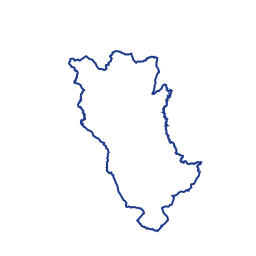 Phran Kratai, Kamphaeng Phet, Thailand, rotated 33°
{"feature_id": "78962969B94050076713993", "entity_name": "Phran Kratai", "entity_type": "district", "adm_level": 2, "iso_a3": "THA", "parent_name": "Thailand", "parent_adm1": "Kamphaeng Phet", "projection": "albers", "projection_center": [99.551, 16.715], "detail": "fine", "context": "isolated", "style": "outline", "palette": "blue", "viewbox_px": 256, "rotation_deg": 33, "n_neighbors": 0, "source": "geoboundaries", "source_scale": "gbopen_adm2", "svg_char_len": 5830}
<svg xmlns="http://www.w3.org/2000/svg" viewBox="0 0 256 256"><g transform="rotate(33 128 128)"><path d="M93.8,66.5L91.5,65.1L90.3,63.8L88.1,66.4L86.6,66.9L85.9,67.8L84.1,67.8L81.8,68.5L81.3,68.2L79.8,68.6L79.5,68.4L75.7,70.2L75.0,71.8L74.0,73.0L74.4,73.5L74.2,73.9L74.8,74.7L74.3,75.7L74.5,76.3L73.8,77.2L74.1,77.9L76.7,78.7L76.5,79.8L77.2,80.9L76.2,83.8L76.6,84.2L76.4,84.6L77.3,85.5L76.7,85.8L76.0,87.1L75.3,87.2L75.5,87.9L76.1,88.2L76.2,88.8L77.3,89.6L77.2,90.2L77.6,90.5L76.5,92.5L75.0,92.5L72.8,93.4L72.0,94.1L70.7,94.2L68.3,93.3L65.3,91.3L63.8,91.4L62.0,90.4L60.3,90.3L57.8,91.2L54.1,90.5L53.5,91.0L50.8,97.7L49.9,98.1L49.0,97.7L47.4,99.2L47.1,100.2L46.8,100.5L44.5,99.6L42.2,101.2L42.2,101.9L43.1,103.2L43.0,104.9L43.4,106.1L46.7,106.9L47.2,107.5L50.0,106.6L51.0,107.1L51.5,108.3L53.1,108.7L53.8,107.9L55.6,108.9L56.3,110.4L56.1,111.2L57.1,112.3L57.1,113.2L57.5,113.4L57.3,113.9L57.7,114.2L57.5,114.9L57.8,115.5L57.8,116.3L58.0,116.4L57.8,116.8L58.2,116.8L58.3,117.3L58.0,117.6L58.3,118.1L58.0,118.6L58.2,119.2L60.5,118.7L61.9,118.0L64.6,117.8L66.1,118.5L66.5,119.1L67.4,119.6L70.6,120.1L70.0,121.6L70.0,122.4L70.5,122.7L70.2,124.3L70.7,125.0L70.3,125.4L71.0,127.1L72.3,128.2L72.2,129.2L73.5,130.0L73.6,130.9L73.0,131.3L73.2,131.9L72.9,132.3L73.4,133.0L73.1,134.2L73.3,135.6L74.2,136.6L75.2,137.1L76.7,136.2L77.2,136.9L78.3,136.9L78.8,137.5L80.9,137.7L81.6,138.5L81.5,139.3L83.7,140.0L83.9,140.5L83.4,140.7L83.9,141.1L84.6,140.6L85.2,141.5L85.0,142.2L85.6,143.2L85.9,143.2L86.0,143.6L86.1,143.2L86.7,143.2L87.2,144.0L87.0,144.5L86.2,145.0L86.1,146.0L85.7,146.7L84.7,146.7L84.7,147.4L85.5,148.4L85.2,148.6L85.7,149.2L86.3,148.8L86.7,149.1L86.8,149.4L86.5,149.7L86.9,150.1L87.6,150.4L87.9,149.8L88.0,150.1L88.5,150.0L89.1,150.5L89.5,150.4L90.3,151.2L91.9,150.8L95.0,151.6L98.4,150.9L100.3,151.2L102.0,152.2L103.1,153.4L105.5,153.2L106.0,153.5L109.7,153.0L112.4,154.4L112.9,154.0L114.5,154.0L116.1,153.5L116.6,155.2L119.5,155.2L120.5,156.8L122.1,156.7L123.5,157.5L124.3,158.5L125.1,158.9L125.2,160.5L125.6,161.5L126.6,162.4L127.0,164.6L128.9,165.9L129.1,167.4L128.9,167.9L129.4,168.3L129.3,168.5L130.0,169.4L130.0,169.9L131.4,171.5L131.3,171.9L131.8,172.3L131.7,172.8L132.4,173.1L132.9,174.0L133.0,174.9L133.9,175.5L134.1,175.3L135.7,176.0L136.0,175.7L136.4,175.9L137.1,175.5L137.3,175.7L138.0,174.8L138.4,174.9L138.5,174.6L139.4,175.6L140.2,175.8L141.4,175.5L141.7,176.3L143.6,177.9L144.6,178.3L147.9,180.8L150.3,182.0L154.6,186.5L158.1,188.0L163.4,190.9L165.2,190.8L167.8,192.0L168.1,193.7L169.6,195.0L170.9,194.2L171.4,193.4L174.1,193.0L174.4,192.2L177.2,190.5L178.9,190.2L180.2,189.3L182.7,188.8L182.8,188.5L186.0,189.1L187.9,190.9L187.2,192.1L187.3,193.0L186.2,200.6L186.9,200.7L187.6,200.4L189.4,201.8L190.8,201.6L191.3,202.1L192.7,202.7L194.5,202.6L195.2,202.0L196.2,202.0L196.7,201.7L197.8,202.3L198.9,202.0L199.1,201.3L201.6,200.8L203.4,199.7L204.0,199.6L204.0,199.3L206.7,199.4L207.8,198.3L208.9,198.4L210.0,191.8L209.3,191.8L210.7,188.9L211.7,183.4L211.1,183.1L210.8,182.3L209.0,180.9L204.4,180.0L200.1,176.6L201.8,173.6L204.9,171.8L205.0,169.8L206.4,168.6L205.1,162.8L204.3,161.3L202.4,160.7L204.7,158.5L205.5,156.8L205.9,154.4L206.7,152.8L207.6,152.1L209.8,151.2L211.0,148.1L211.4,147.9L212.1,148.1L212.9,147.7L212.5,146.8L213.5,143.3L212.0,141.8L211.7,141.0L212.4,139.9L213.5,139.5L213.8,138.4L213.2,134.0L213.4,129.5L212.0,125.5L210.5,125.9L210.0,125.7L209.3,124.8L209.6,124.0L208.6,123.2L207.2,122.9L206.9,122.5L207.2,120.3L208.4,119.0L208.1,116.9L207.3,117.2L207.3,117.8L206.6,118.3L205.0,118.4L204.5,119.0L204.2,120.8L203.7,120.9L203.8,121.2L203.1,121.6L202.6,122.5L202.2,122.3L200.8,122.8L200.5,123.3L200.1,123.3L198.9,125.1L197.0,125.6L194.9,124.3L193.5,125.2L193.8,126.4L193.2,127.1L192.2,126.6L191.4,127.3L190.6,127.4L189.9,127.0L190.0,125.7L189.3,125.1L189.5,124.6L189.3,124.4L189.9,122.8L189.2,121.6L188.5,122.0L186.5,122.1L186.4,122.4L184.2,122.5L183.4,123.1L182.6,123.2L182.6,122.7L182.2,122.7L182.4,122.5L181.5,122.2L180.8,120.1L179.0,119.3L178.6,118.6L176.5,118.2L176.4,117.3L174.7,116.0L172.3,116.0L171.8,117.3L170.1,116.7L169.9,115.8L169.5,115.9L168.8,114.9L168.2,115.1L168.0,114.7L167.4,114.6L166.6,113.9L166.3,112.5L165.3,112.2L165.1,112.6L164.3,112.0L163.2,112.0L162.9,110.7L162.2,110.4L161.6,109.1L160.3,108.5L160.4,108.0L159.5,107.1L159.6,106.7L158.8,105.6L159.3,104.9L159.0,105.0L158.9,104.6L158.2,105.2L158.2,104.6L157.7,104.3L157.7,103.8L157.1,103.8L157.1,102.9L156.6,102.7L156.7,101.8L157.0,101.8L157.0,101.4L155.9,100.6L156.0,99.7L155.6,99.9L155.4,99.3L155.1,99.4L155.2,99.1L154.6,98.9L154.4,99.0L154.4,99.4L152.8,99.1L152.8,98.5L152.4,98.7L152.3,98.2L152.0,98.3L151.8,97.3L151.1,96.9L151.1,95.9L149.6,95.9L149.9,95.7L149.7,95.0L149.3,95.0L149.4,94.8L148.4,94.3L148.5,93.6L147.6,92.7L147.1,92.8L147.2,92.2L147.6,92.1L147.0,91.2L147.4,90.6L147.7,90.6L147.3,90.4L147.6,90.1L147.3,89.2L147.6,88.8L148.0,88.8L148.2,88.1L147.3,86.3L146.5,85.8L146.5,85.0L145.8,84.8L145.9,84.2L145.5,84.0L145.9,83.4L145.5,83.4L145.8,83.1L145.3,83.0L144.9,82.1L145.4,81.1L145.1,80.9L145.4,80.6L145.1,80.4L145.4,80.3L145.0,79.8L145.6,79.4L145.0,79.2L145.4,79.1L145.2,78.1L145.7,77.8L144.8,77.2L145.4,77.2L145.4,76.7L145.0,76.1L144.3,72.8L142.5,73.1L142.5,74.8L140.2,75.2L139.1,74.3L139.0,73.5L139.2,73.3L136.7,72.1L136.4,71.2L134.8,71.7L134.0,73.5L134.6,76.4L133.7,80.3L132.2,81.2L131.9,83.3L131.2,85.2L130.6,85.8L129.8,85.9L129.3,82.1L128.4,80.8L128.3,79.6L127.3,78.5L126.8,75.5L124.7,73.2L123.3,67.6L123.1,65.1L123.7,64.5L123.6,64.0L121.1,62.0L117.5,60.2L117.3,59.2L115.9,57.0L115.5,55.1L114.3,53.3L112.6,53.7L112.1,54.6L111.0,54.2L110.9,54.7L108.9,55.3L108.4,56.4L107.3,57.0L107.2,57.9L106.2,58.7L105.8,59.8L105.9,60.2L106.3,60.2L106.3,61.3L105.5,62.3L104.9,62.4L104.7,63.5L103.8,64.5L103.0,64.8L102.4,65.6L100.0,66.8L99.3,68.8L95.2,67.9L93.8,66.5Z" fill="none" stroke="#1e3a8a" stroke-width="2"/></g></svg>